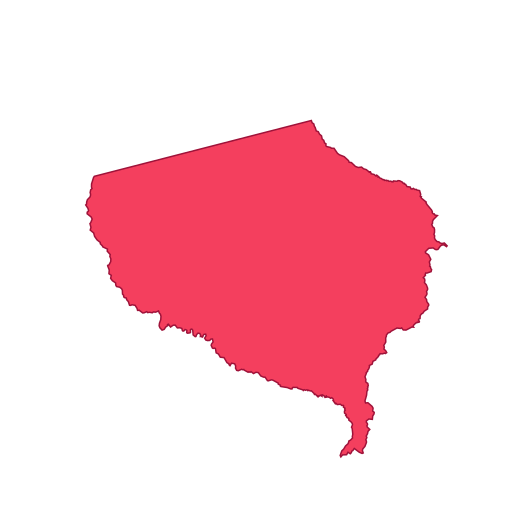 Ñorquín, Neuquén, Argentina (Mercator projection), rotated 205°
{"feature_id": "61730980B83392374898421", "entity_name": "Ñorquín", "entity_type": "district", "adm_level": 2, "iso_a3": "ARG", "parent_name": "Argentina", "parent_adm1": "Neuquén", "projection": "mercator", "projection_center": [-70.939, -37.623], "detail": "fine", "context": "isolated", "style": "filled", "palette": "rose", "viewbox_px": 512, "rotation_deg": 205, "n_neighbors": 0, "source": "geoboundaries", "source_scale": "gbopen_adm2", "svg_char_len": 6039}
<svg xmlns="http://www.w3.org/2000/svg" viewBox="0 0 512 512"><g transform="rotate(205 256 256)"><path d="M94.2,109.8L93.5,112.3L89.9,114.2L89.7,117.0L87.0,116.6L86.5,118.0L86.7,119.7L86.0,120.6L85.6,123.1L79.5,121.8L76.4,121.9L75.6,122.8L77.3,124.6L77.7,126.2L76.8,129.4L77.1,133.7L77.7,134.9L78.8,135.8L78.8,138.3L80.0,139.4L79.8,142.1L80.4,144.3L79.6,146.9L82.9,148.0L83.8,149.1L83.6,150.2L84.3,151.3L85.7,151.9L86.3,153.2L84.8,156.0L81.5,157.1L82.6,160.3L82.3,162.7L82.8,164.3L84.7,164.7L85.6,167.6L87.3,168.8L92.6,170.3L94.6,169.1L96.0,170.7L97.0,176.7L98.3,180.2L98.1,181.9L99.0,182.8L98.9,183.8L99.6,184.7L99.4,185.8L100.8,187.8L102.9,188.1L103.7,188.9L104.2,190.5L106.2,192.6L106.4,196.3L106.8,196.8L106.1,198.6L106.5,199.6L106.1,201.4L106.4,203.7L107.0,204.7L105.0,207.1L105.5,210.0L103.6,212.4L103.7,213.8L103.0,215.3L102.6,217.1L102.9,217.8L102.2,218.7L102.3,219.9L100.0,220.8L98.4,222.3L97.5,222.3L96.7,223.7L98.3,224.9L100.8,225.8L101.2,227.7L102.4,228.9L102.0,232.8L103.9,236.7L103.9,238.2L104.4,239.5L103.8,242.1L102.3,243.4L101.8,244.9L97.8,250.3L94.4,251.4L93.6,252.4L91.3,251.2L88.7,252.3L84.7,257.5L83.1,258.1L83.9,258.6L83.9,260.0L82.8,262.9L82.0,263.5L81.9,264.2L81.2,264.2L80.1,265.2L80.3,265.8L81.7,266.6L81.7,267.8L80.9,268.6L82.0,271.4L81.5,273.7L80.7,274.4L80.2,277.1L78.1,280.5L78.9,282.4L78.6,284.2L79.1,285.2L82.0,286.9L83.0,288.6L85.4,290.0L84.9,293.2L85.2,294.3L86.5,296.0L86.3,298.1L86.9,299.4L89.5,301.9L92.1,303.1L92.5,304.9L93.4,306.4L95.2,307.0L94.3,310.2L94.8,310.6L95.0,312.3L93.8,312.8L90.7,315.8L91.1,317.9L92.3,318.5L93.4,320.0L94.3,320.1L94.6,321.5L96.4,323.9L96.2,326.9L100.1,330.0L103.7,330.5L104.3,331.5L102.7,336.0L98.8,338.2L96.3,337.7L94.9,338.1L93.9,338.9L93.1,343.0L92.2,344.4L90.4,345.5L87.3,345.0L87.1,346.0L90.8,347.4L92.7,345.9L94.6,345.6L96.2,346.1L98.1,345.6L100.5,346.6L101.9,347.8L102.6,349.8L103.9,350.8L104.2,352.9L105.4,355.5L106.5,356.8L108.1,357.1L110.1,358.9L109.8,360.1L110.7,362.2L110.6,364.0L108.7,369.3L111.1,368.7L112.2,369.5L112.9,369.1L114.6,369.7L115.0,370.8L116.4,371.9L122.8,374.9L124.4,376.0L124.5,376.8L130.4,378.3L131.2,378.8L131.2,379.6L132.3,379.4L132.8,381.5L135.4,384.4L138.0,383.8L139.0,384.1L140.1,383.4L142.0,383.8L142.7,382.8L143.9,382.4L145.4,383.7L148.5,382.7L150.7,384.2L152.0,383.9L152.3,384.5L153.6,384.2L154.6,384.8L157.6,384.9L159.2,384.3L159.8,383.3L163.2,382.1L163.1,381.2L164.1,380.7L165.5,380.8L167.2,379.8L168.3,380.2L169.2,379.5L169.7,379.8L171.6,378.8L172.2,379.3L173.7,378.8L174.9,379.2L176.7,379.0L178.0,379.6L178.6,379.2L178.7,379.8L180.7,380.3L180.7,379.5L181.2,379.2L183.4,379.8L186.4,379.2L187.4,380.3L188.4,379.9L188.4,380.5L189.3,380.1L192.6,380.9L195.4,380.5L197.9,381.2L200.8,379.4L203.8,379.2L209.0,381.0L211.2,380.3L212.4,381.5L218.0,383.3L223.3,383.0L225.6,383.5L230.8,386.6L233.3,385.5L234.2,385.9L238.0,385.1L239.0,385.3L239.6,386.0L239.9,387.2L241.7,387.5L243.5,389.5L245.4,389.9L247.4,392.6L250.0,393.3L252.1,395.0L254.2,394.8L256.8,397.6L257.9,398.2L259.4,400.1L261.5,400.5L263.1,402.2L436.2,259.9L436.4,258.4L435.5,251.8L434.2,248.9L433.1,247.8L433.8,246.1L433.1,243.3L432.1,242.2L431.5,240.6L431.4,239.3L432.6,235.8L432.3,233.4L431.5,231.4L431.9,230.3L428.5,228.2L427.0,226.5L426.9,225.5L427.5,224.4L426.9,222.9L421.9,221.7L420.1,220.2L419.9,216.3L420.2,215.2L417.7,212.2L417.2,209.4L412.9,208.3L410.5,205.5L406.8,203.4L402.9,202.5L402.3,201.3L399.4,200.2L398.7,199.5L393.5,199.5L392.9,197.5L388.7,195.7L388.3,193.9L386.3,192.0L385.3,189.5L385.5,185.7L386.4,184.9L386.4,184.5L383.1,181.3L381.8,177.8L379.0,177.3L378.3,174.3L375.7,172.9L371.9,172.3L370.8,170.4L369.5,169.4L366.3,170.1L363.9,169.5L362.6,168.4L360.9,165.1L359.5,164.5L358.5,163.0L357.6,162.7L355.8,163.1L354.7,161.7L352.4,160.7L349.8,157.9L348.7,158.3L347.8,159.4L344.7,160.2L341.6,158.2L340.5,156.8L340.0,156.7L339.1,157.5L334.6,156.5L333.3,157.3L331.5,159.4L330.3,158.9L328.7,160.0L326.0,160.7L325.4,161.9L323.2,162.7L321.1,165.0L319.6,163.5L318.0,162.8L316.6,161.1L315.4,158.0L315.1,154.3L314.3,151.8L312.7,150.3L309.8,149.1L308.2,150.7L307.8,153.5L306.6,155.6L307.2,156.5L306.6,157.2L303.4,155.5L301.8,158.3L300.0,159.2L296.9,157.6L294.6,158.8L292.6,159.0L291.2,157.3L290.4,157.1L289.7,157.6L289.2,159.4L287.9,159.5L287.2,159.4L286.4,157.2L285.4,157.1L283.3,158.5L283.1,159.1L284.3,161.5L283.8,162.4L283.0,162.6L282.0,162.0L279.6,157.9L277.0,157.2L276.4,157.7L276.6,159.7L275.9,161.6L274.2,162.0L272.9,161.0L272.4,159.5L271.3,160.1L270.5,159.7L270.1,160.3L270.3,161.7L270.1,162.9L268.6,163.9L267.5,162.6L267.8,159.8L265.9,158.6L264.1,158.9L262.3,159.9L261.7,161.7L260.4,162.4L258.6,160.0L259.1,157.3L258.9,156.1L256.7,154.2L255.8,154.1L254.4,155.1L253.6,154.9L251.2,151.4L248.6,151.3L245.6,149.2L242.0,150.4L237.3,147.1L234.8,146.8L234.5,146.1L233.2,145.6L232.9,148.5L229.8,149.3L228.0,147.8L227.1,145.6L225.2,144.2L223.6,144.5L221.1,147.3L220.0,147.3L219.1,148.0L218.6,147.6L214.0,147.3L213.5,148.1L212.2,148.1L211.7,149.1L208.6,148.4L206.9,150.6L204.6,151.3L201.0,149.3L198.0,149.4L196.5,150.0L193.0,147.9L192.2,148.0L189.5,150.4L188.2,150.6L182.2,150.2L181.7,149.3L179.3,149.2L178.9,148.3L178.3,148.2L172.0,150.0L168.4,150.2L167.2,150.7L167.3,152.0L166.9,152.6L163.1,154.3L162.1,153.8L156.9,154.5L156.3,154.1L155.8,155.2L154.4,155.2L153.3,156.3L152.1,155.9L151.9,156.5L149.6,156.7L148.8,157.2L145.2,155.9L144.5,155.2L143.8,155.8L140.2,154.5L140.0,155.0L140.6,155.5L139.6,155.7L138.9,156.9L137.1,156.8L137.9,157.6L137.3,158.2L135.3,158.1L133.7,157.0L132.7,157.7L133.3,158.6L133.1,158.9L132.1,158.3L130.1,158.9L128.2,158.6L127.5,159.6L125.7,159.1L124.8,158.0L125.1,157.6L121.6,155.6L121.3,156.3L119.6,155.7L116.9,157.3L115.1,156.8L113.8,157.5L113.3,157.3L112.9,156.0L111.0,155.7L111.0,154.8L110.0,153.9L110.3,153.1L110.0,152.1L109.3,151.0L107.3,150.5L107.3,149.3L106.5,149.2L105.3,148.1L103.3,148.0L102.5,146.5L99.6,145.8L98.0,144.9L97.2,143.8L97.1,141.2L95.9,140.3L93.0,135.4L92.4,133.0L91.6,131.8L92.6,128.9L93.6,127.8L93.2,124.9L94.6,121.6L94.9,118.2L95.9,115.6L95.4,110.8L94.2,109.8Z" fill="#f43f5e" stroke="#9f1239" stroke-width="1.5"/></g></svg>